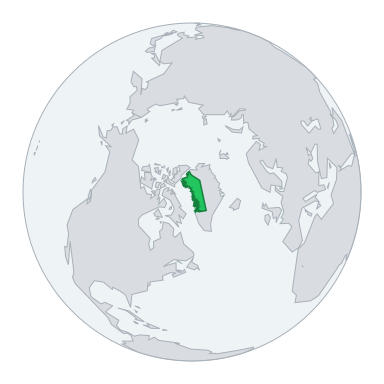 Qaasuitsup Kommunia highlighted on a globe, orthographic projection
{"feature_id": "GRL-2743", "entity_name": "Qaasuitsup Kommunia", "entity_type": "state/province", "adm_level": 1, "iso_a3": "GRL", "parent_name": "Greenland", "parent_adm1": "", "projection": "orthographic", "projection_center": [-56.716, 74.362], "detail": "fine", "context": "on_globe", "style": "filled", "palette": "green", "viewbox_px": 384, "rotation_deg": 0, "n_neighbors": 0, "source": "natural_earth", "source_scale": "10m", "svg_char_len": 16069}
<svg xmlns="http://www.w3.org/2000/svg" viewBox="0 0 384 384"><circle cx="192" cy="192" r="169" fill="#eef3f6" stroke="#a8b0b8"/><path d="M138.8,352.4L138.0,352.1L122.2,344.0L125.9,343.7L122.7,341.2L133.2,341.1L130.8,335.2L127.2,333.1L123.4,333.5L111.5,324.4L107.9,317.6L75.1,283.5L72.5,277.3L73.9,272.2L70.1,241.2L68.4,264.7L65.6,256.7L64.7,246.4L66.9,247.1L68.6,234.2L67.1,225.0L72.8,209.6L87.6,198.7L87.0,203.9L90.6,200.8L91.6,194.2L91.3,190.6L104.9,172.1L109.8,151.7L105.7,145.6L111.0,146.7L99.5,135.8L98.5,125.6L103.1,136.9L106.2,137.9L107.2,130.8L110.7,130.4L113.2,126.8L117.2,126.9L119.5,133.7L122.2,134.0L122.8,128.9L127.2,126.0L125.9,133.3L133.5,129.1L138.8,139.9L132.1,159.9L138.5,166.4L140.7,188.3L143.9,186.5L146.8,193.8L151.6,194.5L150.6,198.5L155.2,195.6L155.2,191.8L157.2,189.3L160.0,189.3L159.3,194.4L157.8,195.1L159.1,196.7L157.5,199.2L159.9,198.0L158.6,204.3L164.0,198.3L166.5,203.4L164.6,207.5L159.4,206.8L141.9,215.0L138.4,219.1L138.6,225.7L150.3,238.5L148.7,243.4L150.3,250.2L153.7,247.6L153.6,241.4L160.4,238.4L159.5,231.3L162.1,229.1L163.4,222.0L169.0,223.6L173.8,228.9L173.0,234.9L175.1,237.4L180.6,232.2L183.7,243.9L193.7,252.8L193.9,255.9L185.7,260.9L173.8,259.6L163.3,266.6L176.0,262.6L176.2,270.6L178.7,272.2L182.1,272.2L184.4,269.4L185.7,272.3L173.6,277.2L172.2,274.6L176.1,273.1L170.4,272.6L162.3,276.2L163.1,280.1L150.0,281.9L150.3,284.7L147.7,286.8L148.0,282.1L147.2,290.7L131.9,294.4L130.6,307.4L125.5,294.9L119.8,290.9L112.7,287.3L112.3,289.4L103.4,282.1L94.3,280.7L89.2,287.8L91.0,296.7L101.0,303.9L104.8,302.3L112.6,305.9L105.4,311.9L118.8,320.2L116.5,325.4L120.2,329.9L127.3,332.2L134.5,336.2L140.2,334.9L149.2,335.6L148.9,340.0L154.2,337.2L158.9,340.4L177.1,342.8L175.5,343.6L190.7,349.1L207.9,350.2L211.8,352.1L209.7,353.6L215.8,353.3L215.9,354.0L240.6,349.9L253.6,347.1L253.4,348.6L243.0,353.0L241.3,353.6L228.7,356.9L215.9,359.3L203.0,360.6L190.0,360.9L177.0,360.3L164.0,358.6L151.3,356.0L138.8,352.4ZM34.1,153.2L35.5,152.0L34.3,155.2L34.1,153.2ZM36.6,149.6L36.1,150.3L36.6,149.4L36.6,149.6ZM37.2,147.8L36.8,149.1L37.1,147.7L37.2,147.8ZM37.7,145.5L37.5,146.7L37.4,146.6L37.7,145.5ZM129.0,310.9L144.4,321.8L134.9,319.4L136.9,319.1L133.1,315.5L125.9,310.5L117.8,308.0L129.0,310.9ZM39.1,141.7L39.5,140.8L39.4,141.8L39.1,141.7ZM137.6,307.4L134.9,305.9L137.6,306.8L137.6,307.4ZM90.6,189.1L91.2,194.1L89.1,200.4L88.2,196.2L90.6,189.1ZM95.1,177.6L96.3,179.7L92.2,182.7L92.8,180.6L95.1,177.6ZM102.0,141.5L101.9,145.3L100.8,141.8L102.0,141.5ZM112.8,126.2L111.8,125.3L113.5,123.8L112.8,126.2ZM160.2,221.7L161.7,221.9L160.7,223.1L160.2,221.7ZM159.3,218.5L157.0,219.8L156.2,218.5L157.6,217.7L159.3,218.5ZM121.2,122.8L124.4,120.7L121.6,124.0L121.2,122.8ZM162.3,217.3L155.1,216.0L153.8,213.7L158.2,208.9L162.3,217.3ZM126.4,120.3L134.0,115.5L132.3,113.0L141.3,117.4L131.9,120.0L128.8,124.3L128.8,121.1L126.4,120.3ZM154.0,190.6L154.1,194.6L151.4,191.2L154.0,190.6ZM151.7,189.0L140.4,182.4L141.5,176.6L145.1,179.9L144.5,172.4L150.6,172.8L152.4,177.0L150.4,180.7L154.2,178.0L151.7,189.0ZM145.1,120.8L147.3,120.6L145.4,122.1L145.1,120.8ZM157.8,188.0L155.4,187.1L156.3,182.0L161.2,182.8L159.4,184.2L157.8,188.0ZM141.4,170.3L142.8,166.7L148.2,166.0L149.5,164.5L150.9,172.3L141.4,170.3ZM160.6,185.4L163.7,183.3L165.9,185.8L160.2,188.5L160.6,185.4ZM154.4,180.3L155.0,178.0L156.3,179.5L154.4,180.3ZM175.3,193.8L172.4,192.8L172.6,190.0L175.3,193.8ZM164.7,182.4L163.9,181.6L163.7,180.4L166.1,179.6L164.7,182.4ZM154.6,171.3L156.5,171.8L154.3,168.1L158.2,167.5L158.4,172.8L160.0,170.3L161.2,170.1L160.0,174.7L154.6,171.3ZM167.9,175.3L169.5,182.0L174.8,184.4L174.7,186.9L166.2,182.6L167.9,175.3ZM163.4,174.5L166.1,175.5L164.7,178.1L161.9,179.0L163.4,174.5ZM160.9,165.2L154.8,164.7L154.9,163.6L160.9,165.2ZM169.7,175.5L169.2,173.8L170.2,175.3L169.7,175.5ZM163.9,167.7L161.7,167.7L162.0,166.4L163.9,167.7ZM170.2,170.7L170.7,172.8L168.9,173.5L170.2,170.7ZM167.5,168.9L168.4,167.2L167.9,172.4L166.5,169.1L167.5,168.9ZM164.5,166.5L163.9,165.7L165.4,166.7L164.5,166.5ZM177.0,167.1L176.8,173.5L172.7,174.9L173.4,168.4L177.0,167.1ZM262.0,38.2L263.2,39.0L271.0,42.8L269.7,42.5L274.3,47.0L285.1,53.3L302.7,65.0L305.6,66.9L313.6,74.7L316.0,78.4L313.7,79.3L317.8,83.9L319.8,92.2L330.9,112.3L330.2,114.2L332.8,118.5L333.9,125.7L331.8,128.4L333.6,133.5L338.3,126.3L336.2,120.8L331.2,114.6L333.2,114.0L331.9,107.5L341.6,120.3L354.3,153.9L351.6,153.5L341.1,167.2L339.2,165.5L338.6,165.6L341.7,169.3L338.5,171.5L348.4,165.5L351.7,166.2L354.5,154.5L355.2,156.6L354.9,152.3L349.3,133.8L350.1,134.8L355.2,148.1L355.4,149.2L358.1,161.0L359.9,173.0L360.8,185.1L360.9,197.3L360.1,209.4L358.4,221.5L355.8,233.3L352.4,245.0L348.2,256.4L345.7,260.3L346.7,254.3L344.9,256.2L341.6,263.2L339.0,265.3L336.6,269.3L318.6,295.5L310.6,300.8L295.0,302.6L296.4,295.3L292.2,291.1L298.2,248.9L304.5,242.9L314.9,216.5L317.1,213.8L321.3,219.4L333.5,203.5L331.0,195.1L336.6,179.3L336.9,167.4L327.4,158.3L326.9,177.6L321.4,178.6L317.5,161.0L317.2,144.3L315.0,144.1L310.8,152.9L306.1,147.3L308.7,155.8L311.1,153.6L312.8,158.9L310.8,161.3L309.2,159.2L308.0,163.9L315.8,172.9L319.0,171.7L318.7,185.5L324.0,184.9L325.6,189.5L317.2,192.4L314.5,190.5L302.7,198.5L305.5,201.6L316.8,194.4L315.3,197.4L319.2,201.9L315.1,200.9L302.0,208.2L298.7,220.6L302.4,240.4L298.8,247.6L292.2,252.1L282.8,241.6L291.9,226.9L288.7,223.2L280.0,223.7L283.6,219.3L281.1,217.8L283.9,212.2L281.1,202.3L282.9,196.5L275.3,190.7L275.2,187.0L279.7,191.5L283.8,191.5L287.5,177.2L286.3,173.9L281.1,171.4L282.8,167.9L277.2,167.3L276.2,158.5L272.8,168.8L266.6,166.3L262.4,160.1L259.8,161.2L266.6,171.3L269.8,173.8L273.6,172.8L281.9,181.3L282.0,186.7L271.0,185.0L270.0,192.4L261.9,188.0L248.5,162.9L246.3,153.6L256.2,141.5L260.5,144.5L259.0,150.3L266.3,146.5L262.9,146.0L264.2,143.2L258.6,140.3L259.4,138.2L252.8,139.1L253.0,136.2L257.2,135.6L249.1,129.0L247.9,122.7L245.7,122.2L243.7,123.6L243.5,114.7L241.9,114.8L241.4,117.7L237.9,119.8L231.5,120.1L231.8,117.0L234.1,116.5L239.4,110.9L245.5,110.1L244.9,108.8L239.7,108.8L233.3,115.7L229.4,116.7L231.9,113.0L230.7,114.4L228.8,114.0L227.3,110.8L224.3,114.7L203.7,114.7L198.6,108.6L203.1,105.1L188.9,102.4L184.3,96.0L183.8,98.6L176.7,99.3L178.0,101.3L177.3,102.6L159.7,105.7L155.7,104.1L147.6,108.7L147.4,110.1L149.8,111.5L141.3,117.4L132.3,113.0L133.3,110.0L126.9,109.3L130.2,102.7L129.9,97.0L137.2,90.3L136.4,86.5L133.9,86.7L131.0,81.8L133.3,71.2L142.1,78.8L140.7,95.1L142.2,88.3L145.0,89.6L147.5,87.1L148.3,82.4L146.4,81.9L163.8,73.8L172.0,62.9L163.7,63.8L159.9,61.3L161.9,50.5L182.4,38.1L177.4,35.2L178.0,33.4L184.2,32.2L183.6,34.8L188.7,35.9L187.4,37.6L197.1,36.9L195.7,39.3L204.0,37.7L202.2,35.5L194.2,35.2L202.0,32.9L195.5,29.7L196.2,27.2L212.0,25.6L226.0,27.5L227.2,27.4L232.0,29.0L239.6,30.5L233.8,28.3L248.2,32.6L262.0,38.2ZM302.1,265.3L303.3,267.2L302.1,265.3ZM320.8,128.9L317.9,118.8L312.3,120.9L310.8,117.2L309.4,119.3L311.9,121.1L307.6,126.0L303.9,120.9L300.7,121.2L301.5,124.6L309.0,133.2L315.2,126.0L318.8,129.4L320.8,128.9ZM177.6,342.7L179.8,343.7L176.8,343.5L177.6,342.7ZM133.3,321.2L136.7,322.5L138.4,324.0L135.7,323.3L133.3,321.2ZM163.1,329.3L167.2,330.4L162.8,330.2L163.1,329.3ZM147.0,323.2L159.8,328.5L151.2,328.3L143.1,324.8L148.9,325.9L147.0,323.2ZM135.2,310.5L137.3,311.8L136.4,312.7L135.2,310.5ZM139.6,308.1L138.8,307.9L137.9,306.5L139.6,308.1ZM176.9,270.3L177.9,270.0L181.3,270.6L179.4,271.7L176.9,270.3ZM197.7,265.5L199.4,270.3L196.9,267.6L194.6,269.9L186.7,267.2L193.5,257.3L191.8,262.2L197.7,265.5ZM177.9,260.9L182.2,263.7L177.2,261.1L177.9,260.9ZM265.1,215.5L268.2,214.2L270.4,217.4L268.1,225.1L264.9,220.6L265.1,215.5ZM272.1,211.7L261.9,208.1L262.9,203.2L264.1,206.5L265.8,203.7L268.1,208.3L279.1,207.4L281.8,210.1L276.0,222.7L276.5,217.0L273.4,218.6L272.1,211.7ZM233.8,208.6L229.4,207.3L237.3,198.4L240.6,200.6L238.5,208.4L233.4,210.3L233.8,208.6ZM171.4,209.1L169.2,209.4L169.4,208.0L171.5,206.5L171.4,209.1ZM174.0,193.5L181.3,206.3L179.2,207.3L186.1,213.8L183.0,218.9L178.7,214.5L181.5,223.4L176.4,221.5L178.9,227.3L169.5,217.0L165.0,215.7L171.2,215.1L174.1,210.4L174.0,208.0L170.3,200.3L162.0,195.4L163.6,190.0L166.8,187.6L169.1,187.9L167.4,191.2L171.6,189.3L170.8,194.4L174.0,193.5ZM204.5,163.5L201.6,166.9L209.9,164.5L209.2,169.4L210.2,168.8L211.8,172.7L215.6,176.4L214.4,178.5L216.4,179.1L217.5,181.7L219.7,183.2L218.5,187.5L221.2,189.7L219.1,190.5L224.1,193.2L219.9,193.2L220.9,196.6L224.4,194.8L212.4,215.2L210.6,224.0L211.4,231.4L204.1,230.6L198.6,223.2L195.1,213.0L197.9,204.8L194.1,206.0L194.3,202.4L197.2,202.9L192.8,200.0L193.8,197.2L190.6,188.6L183.7,186.2L182.4,183.0L185.6,182.6L182.0,179.7L187.1,176.8L186.3,174.5L190.5,169.4L197.2,170.0L195.7,167.4L198.9,163.5L204.5,163.5ZM178.4,165.7L186.5,165.2L190.1,167.6L181.2,175.5L181.2,178.0L175.7,183.3L170.6,179.7L172.7,178.5L173.5,176.5L174.7,178.5L174.3,175.4L177.2,173.7L177.6,170.9L180.1,171.5L178.4,165.7ZM316.3,209.2L317.4,206.8L318.4,202.8L320.8,205.6L316.3,209.2ZM307.5,214.3L308.1,211.9L312.0,213.8L310.9,216.3L307.5,214.3ZM305.0,209.1L307.8,211.7L305.6,211.8L305.0,209.1ZM279.9,189.2L280.0,186.6L281.3,186.7L282.8,188.7L279.9,189.2ZM229.0,158.0L226.8,159.4L226.0,158.5L220.0,158.5L220.0,155.0L223.7,153.6L229.0,158.0ZM329.2,162.5L331.1,166.9L330.2,168.2L329.7,166.4L329.2,162.5ZM327.3,187.4L329.3,182.4L327.9,188.2L327.3,187.4ZM228.1,154.2L225.6,154.6L227.2,152.6L228.1,154.2ZM219.7,152.5L221.0,150.0L219.3,154.6L219.7,152.5ZM227.9,27.2L232.5,28.3L232.3,28.4L226.3,27.2L227.9,27.2ZM196.8,25.5L197.7,24.5L198.9,24.2L200.6,24.9L196.8,25.5ZM225.0,125.6L233.3,129.4L239.4,130.0L242.9,126.9L241.6,133.0L232.2,132.1L225.0,125.6ZM206.3,116.3L203.3,119.2L202.2,117.0L202.7,116.1L206.3,116.3ZM206.2,118.7L207.1,124.0L203.8,125.0L203.8,120.6L206.2,118.7ZM217.9,138.8L220.4,140.2L219.1,141.7L217.9,138.8ZM199.4,23.2L199.2,23.4L194.9,23.3L196.7,23.1L199.4,23.2ZM168.0,32.4L168.6,33.6L164.5,34.4L165.2,33.4L168.0,32.4ZM151.7,38.5L163.6,35.0L173.2,32.8L170.6,32.4L173.3,30.3L176.9,31.8L169.7,34.8L162.5,36.2L160.8,38.5L155.1,41.0L155.3,43.9L152.6,45.8L150.2,43.7L151.7,38.5ZM155.7,45.2L154.1,51.6L146.7,52.4L145.4,51.1L149.3,47.8L152.9,47.6L155.7,45.2ZM151.5,53.4L155.1,53.3L160.1,63.2L159.4,65.6L151.6,58.2L154.5,57.7L154.6,55.2L151.5,53.4ZM146.9,119.0L147.2,120.5L145.6,119.7L146.9,119.0ZM178.2,103.7L176.9,105.4L175.1,104.3L178.2,103.7ZM172.2,109.6L175.2,109.6L172.0,110.8L172.2,109.6ZM181.9,109.5L176.4,110.2L181.8,107.7L181.9,109.5Z" fill="#d9dde1" stroke="#a8b0b8" stroke-width="1"/><path d="M184.3,184.7L184.3,184.4L183.6,184.3L183.1,183.8L183.6,183.3L182.8,183.8L182.6,183.4L182.8,183.3L182.4,183.0L182.6,182.7L182.9,182.7L183.6,182.6L185.7,183.4L185.9,183.1L184.0,182.6L185.1,182.5L185.8,183.0L185.6,182.5L186.1,182.3L185.7,181.7L185.8,181.6L185.1,182.0L184.6,182.0L184.5,181.5L184.4,181.5L184.5,181.9L184.1,182.0L183.5,181.6L184.0,181.3L184.1,181.1L183.3,181.2L183.8,180.8L183.0,180.8L182.9,180.7L183.1,180.6L182.5,180.2L182.6,179.9L182.2,179.5L182.7,179.2L182.7,178.8L182.7,178.7L182.8,178.5L183.5,178.3L183.9,178.5L184.0,178.3L185.0,178.0L185.0,177.8L186.0,177.4L186.8,177.6L187.0,177.5L186.9,177.5L187.7,176.5L187.6,176.1L187.7,175.7L187.8,175.2L188.4,174.7L188.3,174.4L188.1,174.8L187.8,174.9L186.8,174.8L186.8,174.5L186.6,174.3L186.7,174.0L187.1,173.6L187.2,173.4L187.8,173.1L187.7,173.0L188.1,172.8L188.1,172.5L188.3,172.4L188.3,172.2L188.9,171.8L189.1,173.0L189.0,171.8L189.2,171.7L189.7,172.0L190.3,173.6L191.8,175.3L199.7,180.4L206.2,210.5L198.9,211.8L198.6,211.6L198.8,211.4L199.2,211.1L199.6,211.2L199.2,211.1L198.4,211.5L198.5,211.4L198.0,211.3L198.4,211.2L199.2,210.8L198.6,210.7L198.5,210.8L198.2,211.1L197.9,210.8L198.4,210.7L197.7,210.7L198.0,211.0L197.8,211.3L196.9,211.1L197.6,210.5L196.1,211.3L195.4,212.1L195.3,211.8L195.5,211.4L195.4,211.2L195.8,211.2L195.6,211.0L195.7,210.9L195.8,211.1L196.1,210.9L195.8,210.9L196.2,210.6L195.8,210.5L197.0,210.7L196.4,210.6L195.9,210.2L195.6,210.2L195.9,210.0L196.7,210.4L196.3,210.1L197.3,210.4L198.0,210.2L198.8,210.6L199.3,210.5L197.8,209.9L198.3,209.9L197.8,209.7L198.1,209.6L198.0,209.2L198.4,208.9L197.5,209.3L198.0,209.6L196.7,210.0L196.6,209.7L196.1,209.8L196.5,209.5L195.7,209.8L195.6,209.6L195.9,209.7L196.7,209.1L196.4,209.0L198.0,208.8L198.1,208.7L198.0,208.4L198.3,208.6L198.3,208.4L198.1,208.3L198.4,208.0L197.8,208.3L198.1,207.7L197.9,207.9L197.9,207.1L198.3,207.1L198.0,207.4L198.4,207.2L198.7,207.7L198.6,207.4L198.7,207.2L198.9,207.5L198.8,207.2L198.3,207.1L198.9,206.9L198.5,206.8L198.6,206.4L198.4,206.8L197.9,206.9L198.1,206.7L198.0,206.1L198.7,205.9L198.0,206.0L198.1,205.6L198.5,205.7L198.0,205.4L198.6,205.2L198.2,204.7L198.5,204.4L197.5,204.7L197.9,204.5L197.5,204.4L197.3,204.7L196.4,204.5L196.1,204.1L194.7,203.6L194.0,202.9L194.5,202.4L195.8,202.5L197.1,203.4L198.1,203.5L198.0,203.4L198.1,203.0L197.6,203.3L197.3,202.9L197.7,203.1L197.9,203.0L197.6,202.7L197.9,202.6L197.5,202.6L197.5,202.3L197.1,202.5L197.3,202.2L197.7,202.4L197.9,202.4L197.6,202.2L196.6,201.7L197.3,201.8L197.6,201.6L197.0,201.5L197.2,201.2L196.3,201.4L196.9,200.9L196.8,200.6L196.0,201.2L196.2,200.9L196.2,200.7L197.0,200.2L196.0,200.7L195.5,200.6L196.6,199.9L196.7,199.6L196.2,199.9L195.2,199.7L195.5,199.3L195.5,199.1L195.7,198.8L195.1,199.5L195.0,198.8L194.7,198.5L194.6,197.9L194.8,197.8L194.5,197.9L194.6,198.4L195.0,199.3L194.6,199.7L194.7,200.0L194.4,199.8L194.7,200.2L194.6,200.5L194.0,200.8L193.4,200.4L193.5,200.7L193.1,200.6L193.0,200.0L192.8,199.9L193.3,199.6L193.3,199.3L193.7,199.2L194.0,198.8L194.1,198.3L193.9,198.9L193.3,199.2L193.0,199.0L193.6,198.2L193.6,197.9L193.8,197.8L192.9,197.6L193.1,197.4L194.1,197.5L193.5,197.4L193.8,197.1L193.6,196.9L193.9,196.6L193.6,196.6L193.8,196.5L193.6,196.1L192.9,195.8L193.2,195.5L193.1,195.4L193.3,195.4L193.1,195.2L193.4,194.9L192.5,194.1L192.6,193.8L192.8,193.9L192.6,193.5L192.9,193.4L192.5,193.0L192.2,192.9L192.4,192.7L192.5,192.2L191.5,192.8L192.3,192.2L192.0,192.0L192.5,191.9L191.9,191.7L192.5,191.6L192.1,191.3L192.2,191.2L191.7,190.9L191.9,190.7L191.7,190.3L190.9,190.0L191.1,189.6L190.7,189.2L190.9,188.9L190.5,189.1L190.9,188.8L190.9,188.5L190.7,188.4L190.8,188.2L190.6,188.1L190.8,188.0L190.3,188.0L190.1,187.8L190.3,187.6L190.2,187.5L189.8,187.7L189.9,187.4L189.3,186.9L189.1,187.1L189.0,186.6L188.1,186.1L187.7,186.4L187.7,186.1L187.4,185.8L186.8,186.5L186.8,186.2L186.8,185.9L186.6,185.8L186.6,186.1L186.4,186.0L186.5,186.4L185.9,186.2L185.9,186.6L185.5,186.4L185.8,186.0L185.7,185.9L185.4,185.8L185.2,186.4L184.9,185.8L184.6,186.0L185.0,186.9L183.7,186.1L183.8,185.9L183.1,185.1L183.6,184.8L183.8,185.5L184.0,185.5L184.2,184.9L184.5,185.0L184.6,184.7L184.3,184.7ZM196.7,206.2L195.0,206.9L194.5,206.6L195.4,206.4L195.2,206.3L195.5,206.0L195.0,206.4L195.1,206.2L194.8,206.2L194.9,205.9L194.0,206.0L193.8,205.7L194.4,205.7L193.8,205.2L194.0,204.9L194.5,205.0L193.9,204.6L194.0,204.1L194.4,203.8L195.4,204.2L196.0,204.9L196.8,205.2L196.9,205.4L196.8,205.6L197.0,205.7L196.7,206.2ZM197.6,204.8L198.0,204.8L198.1,205.0L197.9,205.4L197.9,205.9L197.7,206.0L197.4,205.5L197.8,204.9L197.4,205.0L197.6,204.8ZM196.1,200.9L195.6,201.3L195.3,200.8L196.1,200.9ZM195.1,201.7L194.6,201.4L194.9,200.9L195.2,201.4L195.1,201.7ZM181.9,181.7L182.7,182.0L182.1,182.0L181.9,181.7ZM193.2,197.2L192.8,197.1L193.0,196.7L193.5,196.5L193.2,197.2ZM183.0,181.8L183.5,182.1L182.8,181.8L183.0,181.8ZM193.5,197.8L193.2,198.5L192.9,198.4L193.2,198.2L193.5,197.8ZM195.4,200.2L195.0,199.9L195.7,199.8L195.4,200.2ZM192.6,193.6L192.3,193.7L192.0,193.4L192.6,193.6ZM196.9,208.5L196.6,208.6L195.9,208.9L196.3,208.5L196.9,208.5ZM196.5,201.8L197.0,202.0L196.4,202.1L196.5,201.8ZM192.2,191.6L191.6,191.7L191.3,191.6L192.0,191.4L192.2,191.6ZM192.9,196.0L193.0,195.8L193.4,196.1L192.9,196.0ZM192.9,196.7L192.6,197.0L192.4,196.9L192.9,196.7ZM183.3,184.4L183.2,184.6L183.3,184.4ZM192.8,199.3L193.1,199.1L193.2,199.3L193.1,199.5L192.8,199.3ZM195.8,209.3L196.0,209.1L196.2,209.3L195.9,209.5L195.8,209.3ZM192.5,194.4L193.0,194.7L192.8,194.8L192.9,194.6L192.5,194.4ZM194.0,203.7L193.8,203.7L193.7,203.4L194.0,203.7ZM196.6,208.8L197.3,208.7L197.0,208.9L196.6,208.8ZM187.3,173.2L187.1,173.2L187.3,173.2ZM196.8,202.4L197.1,202.6L196.7,202.5L196.8,202.4Z" fill="#22c55e" stroke="#15803d" stroke-width="1.5"/></svg>